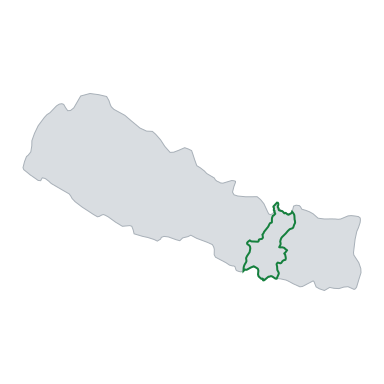 location of Janakpur within Nepal
{"feature_id": "NPL-1131", "entity_name": "Janakpur", "entity_type": "Administrative Zone", "adm_level": 1, "iso_a3": "NPL", "parent_name": "Nepal", "parent_adm1": "", "projection": "robinson", "projection_center": [86.017, 27.361], "detail": "medium", "context": "in_parent", "style": "outline", "palette": "green", "viewbox_px": 384, "rotation_deg": 0, "n_neighbors": 0, "source": "natural_earth", "source_scale": "10m", "svg_char_len": 4362}
<svg xmlns="http://www.w3.org/2000/svg" viewBox="0 0 384 384"><path d="M358.5,216.6L360.2,218.0L360.4,220.1L360.1,222.6L358.4,227.8L356.8,231.4L355.1,239.2L353.5,252.6L353.8,255.0L358.8,262.7L360.8,268.6L361.0,272.7L358.9,279.4L356.6,287.1L355.4,288.8L354.1,289.4L348.0,286.7L343.7,287.1L338.9,288.6L333.9,288.3L329.7,287.4L324.4,290.5L319.4,288.8L316.1,286.9L314.0,281.6L313.1,280.9L302.4,286.5L299.9,286.8L293.3,283.8L287.9,280.9L285.8,280.0L280.6,278.9L275.9,278.2L270.8,276.3L264.5,278.8L261.9,278.6L259.5,276.8L258.3,273.3L258.0,269.9L255.8,267.6L252.5,267.0L247.8,269.1L240.9,271.9L238.7,271.4L236.7,270.6L236.0,269.9L235.0,266.7L233.9,266.0L232.3,265.9L229.5,265.1L226.1,262.8L215.5,257.2L214.2,254.7L214.3,249.2L213.7,247.0L212.4,244.6L207.0,242.2L196.6,238.3L190.8,235.2L188.0,236.6L182.7,237.9L179.8,240.7L176.4,239.8L168.3,236.9L163.9,236.4L161.3,237.4L160.6,239.1L157.3,241.1L154.1,239.5L147.9,237.5L142.4,236.3L134.1,233.8L133.2,230.0L131.8,226.3L129.9,225.6L122.4,226.3L115.6,222.2L108.3,216.9L105.2,215.2L103.2,214.5L101.4,215.2L99.3,216.4L97.5,216.8L93.5,214.5L88.5,211.2L82.3,207.2L75.1,201.7L72.1,198.5L70.8,196.1L69.2,193.9L62.9,190.3L57.9,187.4L51.9,183.9L50.9,183.2L48.7,181.1L45.2,178.5L42.3,177.8L41.4,179.2L40.7,180.7L38.1,180.4L34.3,177.7L30.2,174.9L27.1,172.3L23.8,169.7L23.0,167.7L24.5,161.7L26.5,156.5L28.1,155.3L30.8,151.9L31.8,145.8L31.9,140.7L34.5,133.4L38.2,125.7L44.4,117.4L47.0,114.6L50.0,112.7L55.8,106.6L56.9,105.6L59.4,104.1L61.9,103.7L63.7,104.4L65.5,107.6L67.7,110.7L70.5,110.5L73.8,107.9L80.7,96.0L90.0,93.5L98.8,94.7L106.6,96.5L108.9,100.5L110.3,104.7L111.3,106.8L113.8,109.3L124.8,115.3L131.1,120.7L139.9,128.0L146.5,131.1L152.4,131.4L155.7,134.3L160.6,139.9L164.8,146.4L170.1,152.4L173.7,152.2L178.7,150.3L184.7,147.7L188.3,149.0L191.6,150.6L192.7,153.7L194.6,159.6L196.8,165.7L200.3,167.8L204.4,171.0L206.7,173.5L214.3,178.0L215.4,179.9L217.0,181.2L218.9,182.0L220.4,182.9L222.8,183.2L231.8,180.5L234.1,180.8L235.5,181.3L235.5,182.3L233.9,186.6L232.5,192.1L234.0,194.8L237.7,196.0L246.0,196.8L257.1,196.7L260.5,199.5L263.9,203.7L267.2,210.8L268.6,213.8L270.3,214.7L273.2,213.5L273.7,210.6L273.8,206.2L276.2,204.7L277.8,205.8L279.6,209.2L284.2,212.3L287.6,213.8L290.7,213.2L292.1,212.1L293.6,206.1L296.1,205.2L299.3,205.6L300.5,206.8L301.8,209.2L305.6,210.3L309.5,211.8L313.1,213.8L318.1,218.2L324.4,219.0L331.6,218.9L335.4,219.0L338.2,219.3L340.7,219.0L348.1,215.9L351.2,215.6L354.9,216.0L358.5,216.6Z" fill="#d9dde1" stroke="#a8b0b8" stroke-width="1"/><path d="M277.0,202.6L277.9,202.8L278.3,203.8L278.3,205.0L277.7,206.8L277.8,207.2L278.4,208.2L278.7,209.6L279.0,210.2L280.5,210.8L282.1,211.1L282.8,211.6L284.2,213.2L284.6,213.3L285.7,212.9L287.4,214.3L288.3,214.7L288.8,214.6L291.2,213.3L291.8,212.6L292.1,211.7L292.8,212.5L294.1,214.5L294.4,215.8L294.6,219.6L295.0,221.0L295.1,222.8L294.1,224.9L293.3,227.3L292.8,228.0L292.3,228.3L289.7,229.2L287.8,231.0L285.7,233.5L282.0,237.1L281.3,238.1L280.6,239.8L280.2,241.7L280.6,243.1L280.6,244.1L280.4,244.9L279.3,246.9L279.3,247.2L280.0,247.4L282.3,247.3L284.3,247.9L285.4,249.1L286.7,249.9L287.0,250.3L285.5,252.3L284.3,253.4L284.5,253.9L285.1,254.5L285.7,257.2L285.8,258.6L285.4,259.8L283.6,260.3L282.5,261.1L281.3,262.9L280.3,263.3L277.8,262.6L277.5,262.8L276.7,263.9L276.6,264.5L277.1,266.5L277.3,269.9L278.7,272.7L278.8,273.3L278.6,274.2L276.6,278.7L275.4,278.6L272.3,276.5L271.0,276.1L269.5,276.6L268.5,276.7L267.8,277.2L264.9,279.7L264.0,280.3L263.3,280.4L263.0,280.1L262.9,278.9L262.5,278.6L261.7,278.9L261.3,278.8L259.1,276.9L258.5,276.2L258.0,274.4L258.4,270.8L258.0,269.1L257.4,268.4L254.2,266.5L253.7,266.3L250.4,267.7L247.1,269.6L246.3,269.8L244.8,269.5L243.5,270.9L243.6,267.9L243.9,266.4L244.6,264.6L245.9,262.5L246.4,261.4L246.4,260.5L246.1,258.3L246.2,257.8L247.0,256.1L249.6,252.2L250.3,248.6L250.1,246.9L249.6,245.8L248.8,245.1L247.4,244.2L247.1,243.5L247.1,243.0L247.2,242.7L247.9,241.8L249.8,240.4L251.3,241.4L257.8,241.7L258.3,241.5L258.7,240.9L258.8,239.9L259.0,239.6L259.5,239.3L261.9,238.9L262.9,237.7L262.7,235.7L262.4,234.7L263.4,233.4L264.1,231.8L268.2,226.7L269.4,224.2L269.9,223.4L270.3,223.0L271.5,222.7L271.8,222.4L271.9,221.9L271.9,219.1L272.0,218.0L272.8,215.8L273.7,215.4L275.2,213.9L275.2,213.4L274.5,212.3L274.6,211.0L273.8,210.2L274.0,208.1L273.4,207.0L273.4,206.5L277.0,202.6Z" fill="none" stroke="#15803d" stroke-width="2"/></svg>